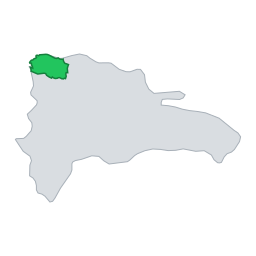 where Monte Cristi sits in Dominican Republic
{"feature_id": "DOM-1964", "entity_name": "Monte Cristi", "entity_type": "Province", "adm_level": 1, "iso_a3": "DOM", "parent_name": "Dominican Republic", "parent_adm1": "", "projection": "albers", "projection_center": [-71.5, 19.721], "detail": "fine", "context": "in_parent", "style": "filled", "palette": "green", "viewbox_px": 256, "rotation_deg": 0, "n_neighbors": 0, "source": "natural_earth", "source_scale": "10m", "svg_char_len": 2172}
<svg xmlns="http://www.w3.org/2000/svg" viewBox="0 0 256 256"><path d="M29.6,175.8L29.9,165.1L31.5,160.7L30.0,156.2L23.2,151.3L19.0,145.0L15.4,139.5L16.2,138.7L23.6,138.4L26.2,136.4L31.2,130.7L32.2,126.2L31.8,122.7L28.6,118.6L27.3,114.2L31.3,110.5L36.5,104.9L37.2,102.8L37.1,100.7L31.0,94.9L30.6,92.3L33.5,86.0L33.2,81.8L30.4,68.7L29.1,66.8L31.8,65.7L33.6,61.8L35.9,58.3L39.1,56.5L42.6,55.3L49.7,55.4L59.5,58.4L62.3,58.3L71.7,55.6L79.5,54.0L86.8,55.7L89.8,58.1L95.9,61.8L98.9,62.9L108.5,62.8L111.1,63.2L119.2,69.3L126.0,71.7L130.0,71.8L137.0,69.3L140.5,69.4L144.5,74.7L145.4,82.2L148.8,89.1L154.0,93.4L179.4,91.3L185.1,94.8L183.2,97.9L179.6,99.5L167.5,98.9L162.3,99.4L161.2,102.4L161.2,105.1L168.3,105.7L175.3,107.0L182.4,109.2L189.6,110.6L197.7,111.5L205.7,112.9L219.1,118.2L234.0,130.3L238.0,133.0L240.6,136.8L239.5,141.6L234.4,149.5L231.4,152.1L227.1,153.7L224.2,156.9L221.4,162.4L219.6,162.9L217.6,162.7L214.0,159.7L211.4,155.0L204.2,150.7L195.7,151.3L183.2,148.9L175.7,150.3L168.2,150.6L160.4,149.4L152.7,149.0L144.9,150.7L137.5,153.7L134.7,155.5L129.9,160.0L127.4,161.7L109.1,164.0L103.8,160.8L98.9,156.4L91.8,155.8L81.6,159.3L75.3,160.6L72.7,162.0L71.9,163.7L71.9,170.0L70.5,173.8L60.5,188.1L54.9,198.2L52.6,201.3L49.9,202.0L45.0,196.2L41.9,194.1L38.0,193.0L36.4,189.9L36.4,185.5L35.4,181.3L33.0,178.0L29.6,175.8Z" fill="#d9dde1" stroke="#a8b0b8" stroke-width="1"/><path d="M31.1,71.3L31.2,70.2L31.0,69.1L30.4,67.3L31.6,67.6L32.7,68.1L32.5,66.9L31.4,64.3L31.4,63.7L31.4,63.2L29.8,63.1L29.6,62.4L30.3,61.4L31.2,60.4L31.5,60.2L31.8,60.1L32.5,60.1L32.9,59.9L33.6,59.1L34.0,58.8L34.7,58.5L35.2,58.4L35.8,58.1L36.5,57.5L36.0,56.6L36.0,55.9L36.3,55.4L37.1,55.2L37.6,55.3L38.3,55.6L38.8,55.7L39.0,55.5L39.4,54.9L39.6,54.8L45.9,54.3L47.5,54.5L49.0,55.1L54.9,58.2L56.6,58.5L58.2,57.9L59.4,58.8L60.3,59.2L63.0,59.3L63.1,59.2L63.6,61.4L64.8,63.3L66.7,63.9L68.5,64.6L67.8,66.5L67.3,68.4L67.5,70.6L67.7,72.7L66.2,72.6L65.8,74.0L66.2,76.3L65.5,78.6L64.4,78.2L63.5,78.9L61.6,78.7L59.7,77.6L58.4,77.7L57.2,78.3L55.2,78.5L53.3,77.8L52.3,77.0L51.5,78.1L49.0,76.9L46.6,75.3L45.7,73.6L44.2,73.2L37.7,74.0L31.8,71.5L31.1,71.3Z" fill="#22c55e" stroke="#15803d" stroke-width="1.5"/></svg>